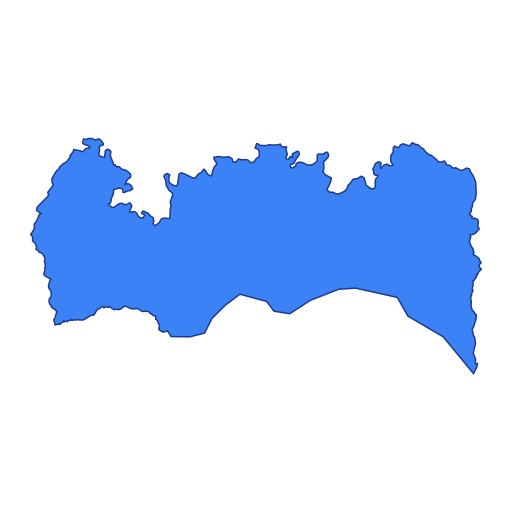 the district of Assin North, Central, Ghana
{"feature_id": "2480657B44214183650816", "entity_name": "Assin North", "entity_type": "district", "adm_level": 2, "iso_a3": "GHA", "parent_name": "Ghana", "parent_adm1": "Central", "projection": "albers", "projection_center": [-1.35, 5.826], "detail": "fine", "context": "isolated", "style": "filled", "palette": "blue", "viewbox_px": 512, "rotation_deg": 0, "n_neighbors": 0, "source": "geoboundaries", "source_scale": "gbopen_adm2", "svg_char_len": 6029}
<svg xmlns="http://www.w3.org/2000/svg" viewBox="0 0 512 512"><path d="M171.2,336.6L190.0,336.8L204.6,333.1L211.9,318.5L225.3,305.2L239.9,294.2L266.7,301.5L274.0,311.2L289.8,313.7L310.5,300.3L338.6,289.3L355.5,288.1L397.3,297.4L407.9,316.1L443.2,336.8L473.5,373.6L476.9,366.8L477.4,363.5L475.9,363.8L475.5,363.0L475.5,359.0L473.2,353.0L475.5,343.6L474.7,337.4L473.4,335.3L472.2,329.1L473.4,327.2L476.1,318.9L476.3,314.9L475.1,314.2L474.3,312.1L472.3,310.2L471.0,306.0L471.3,302.1L470.6,297.4L471.2,296.3L471.0,295.5L471.7,295.1L471.7,293.1L473.0,290.9L472.1,288.2L472.9,286.2L473.1,282.8L472.6,281.3L474.4,280.1L475.8,277.4L476.3,277.3L476.3,276.0L477.0,275.3L476.6,274.9L478.1,273.6L478.0,272.7L481.3,269.2L480.9,268.4L479.6,267.8L479.0,264.8L479.9,263.7L480.7,263.7L481.0,262.2L480.1,261.4L479.0,258.5L475.5,255.7L473.5,254.8L473.3,253.7L474.0,252.5L473.3,251.0L473.2,249.0L471.1,246.2L469.4,241.4L470.8,236.8L469.9,235.1L474.0,234.0L475.4,233.2L479.2,229.0L477.8,225.8L478.4,221.7L477.6,219.5L474.4,218.0L473.2,218.6L471.8,218.1L471.7,217.2L472.2,216.4L469.5,214.7L471.4,210.7L471.3,208.4L472.2,207.0L472.9,202.4L474.4,200.9L475.6,198.5L476.2,192.5L475.7,182.2L473.2,175.7L470.6,172.1L469.3,168.8L466.4,168.1L464.1,169.6L460.8,170.5L455.6,167.7L454.2,168.3L452.2,167.6L449.9,165.4L446.8,165.0L444.6,161.0L440.7,162.2L437.9,161.5L436.9,159.9L432.4,156.2L430.3,154.8L428.7,154.7L424.1,150.2L423.7,149.0L421.3,147.8L417.8,144.7L415.0,144.3L414.2,143.5L412.1,142.9L409.8,145.6L408.8,145.8L403.0,143.8L400.5,144.9L399.0,147.3L397.2,147.4L394.7,146.1L393.2,147.9L393.2,152.2L391.0,155.2L390.7,157.3L390.8,161.5L392.7,164.6L392.7,165.3L389.4,166.0L388.4,164.6L386.7,164.2L383.6,165.2L381.0,168.5L380.2,166.7L381.2,163.7L380.6,162.4L378.5,161.8L375.5,163.5L372.9,169.1L373.7,171.7L373.7,173.7L375.5,175.3L377.9,175.2L378.1,175.6L377.0,177.7L375.5,179.3L375.1,183.0L375.4,185.5L374.8,187.8L373.9,188.8L370.6,188.5L366.2,185.3L364.1,177.9L362.2,176.6L360.9,176.3L358.1,178.3L353.9,179.1L352.5,179.8L351.0,182.4L348.2,185.1L346.7,189.1L344.7,191.2L339.2,193.8L336.6,194.0L332.9,192.3L329.5,192.1L326.8,189.6L329.4,184.9L331.4,178.9L331.1,177.8L325.1,174.7L323.0,172.0L323.9,168.4L323.6,162.1L328.0,157.3L328.6,155.6L328.2,153.5L327.4,152.5L326.3,152.1L322.8,154.2L318.6,154.0L317.3,154.7L317.2,160.8L315.5,162.7L311.9,164.8L307.5,165.1L302.6,162.6L299.2,162.1L296.5,163.4L295.4,166.2L291.9,168.2L290.7,167.4L290.2,164.7L293.1,163.9L294.1,163.0L295.7,159.7L298.9,155.1L299.3,153.7L298.7,151.7L297.4,151.2L292.5,153.8L292.2,154.5L292.8,156.5L292.6,157.5L291.1,156.6L290.0,156.8L288.5,159.2L287.6,159.6L286.9,159.4L286.0,157.9L287.3,154.0L286.0,149.8L286.6,147.3L285.6,146.5L282.7,147.2L281.8,146.6L280.3,144.2L277.2,144.9L271.3,145.1L269.8,144.6L265.5,145.6L260.0,145.4L257.9,143.7L256.6,143.8L255.1,148.1L258.3,149.4L259.2,152.1L259.3,156.2L258.2,157.7L257.3,157.7L256.1,158.8L253.6,162.4L250.5,162.5L248.2,160.3L246.8,159.7L240.9,159.7L239.2,159.1L238.1,159.3L236.1,162.0L234.2,162.0L232.7,161.5L232.1,158.7L228.6,156.7L223.6,157.3L218.4,156.5L213.9,157.3L213.8,158.3L215.1,161.2L216.2,162.1L216.6,163.6L216.0,165.2L214.4,166.8L212.7,170.6L211.7,175.5L210.6,175.9L207.7,174.3L205.2,170.2L203.7,169.2L201.4,172.4L198.5,173.9L195.1,178.0L192.4,177.8L185.6,174.4L181.2,172.8L179.4,173.7L178.9,174.7L177.5,184.8L176.2,185.9L174.4,185.7L171.5,184.3L169.2,182.3L168.6,179.5L169.7,174.9L167.3,173.5L165.0,174.6L164.2,175.3L164.0,176.5L165.8,180.8L166.2,185.5L169.1,190.4L172.5,193.1L172.4,196.0L170.2,202.0L171.0,205.5L170.2,209.7L169.9,218.2L169.3,218.6L164.1,218.1L162.2,218.5L160.9,219.6L159.4,222.5L155.4,225.6L154.4,225.3L153.1,223.6L153.8,220.9L153.2,217.8L150.0,215.6L148.2,213.3L143.6,211.1L142.4,211.4L141.7,212.7L141.9,213.7L144.2,214.3L144.5,215.6L143.1,217.8L140.9,217.9L138.3,216.5L136.6,213.1L135.5,212.0L133.3,211.6L129.6,212.1L129.5,211.0L131.7,206.7L131.4,204.9L130.0,203.0L129.1,203.0L126.6,204.7L124.4,204.5L121.8,203.2L119.0,203.7L113.7,207.5L111.6,207.0L108.4,204.9L108.5,204.3L110.0,203.4L111.0,201.5L111.4,197.7L112.4,196.5L113.4,193.1L113.7,189.6L119.5,188.0L122.0,188.6L122.9,190.2L123.0,192.3L124.1,192.6L127.6,191.0L130.4,190.5L132.8,188.8L131.1,185.5L129.0,183.9L126.4,183.8L125.1,184.4L127.4,179.5L130.4,177.3L130.8,175.5L130.2,173.7L126.1,170.3L121.7,169.2L119.2,166.8L116.5,166.7L115.1,164.9L113.9,164.9L110.3,155.7L110.9,151.5L109.1,149.8L107.3,149.2L105.4,150.6L104.5,157.2L103.0,157.2L99.1,155.5L98.8,154.0L99.6,150.3L99.2,147.2L100.7,145.5L102.5,145.4L103.2,144.7L103.3,143.5L101.1,140.4L98.9,138.9L95.1,140.0L91.8,138.4L88.2,138.5L86.3,139.5L83.6,139.0L82.7,142.5L83.0,143.6L85.1,144.8L87.5,145.2L90.1,147.3L89.0,148.2L85.8,148.4L82.9,151.8L79.6,150.6L73.8,149.6L72.9,152.1L70.0,155.5L70.3,156.8L66.6,161.9L62.3,164.3L61.5,165.6L59.5,166.9L59.1,169.1L57.0,170.4L55.3,172.7L52.0,178.6L52.1,182.5L53.3,185.1L47.8,192.3L48.5,195.1L48.2,195.9L37.5,206.8L36.9,208.1L36.6,210.4L41.1,213.7L39.3,214.7L36.4,221.5L34.2,224.0L34.4,228.1L33.5,230.3L30.7,234.4L32.6,237.0L32.6,241.0L35.1,243.2L36.6,247.1L36.0,249.3L38.1,250.4L39.0,252.1L42.4,253.5L45.0,258.0L44.5,261.6L45.6,266.7L44.8,267.7L44.9,270.3L43.9,273.3L44.4,275.5L51.0,279.3L50.1,280.3L48.5,285.0L48.7,287.8L50.9,291.1L51.3,294.3L51.0,296.8L49.4,298.6L49.0,300.8L49.5,303.8L51.1,305.4L51.3,306.7L52.9,308.3L55.0,309.4L56.8,311.7L54.7,318.7L53.7,319.8L55.2,325.0L58.4,323.9L59.0,323.8L59.1,324.4L60.4,324.1L60.4,323.5L63.0,322.1L63.6,320.8L64.5,321.7L65.3,321.1L67.4,321.7L68.1,320.6L70.9,320.3L71.6,319.5L72.0,320.2L73.0,320.3L75.0,319.8L76.3,320.1L77.5,319.5L79.2,320.0L83.4,320.0L91.1,315.3L94.0,315.0L97.3,309.4L99.7,308.6L100.7,307.4L102.4,306.5L103.8,307.8L106.0,306.8L108.7,307.3L109.5,306.6L113.6,309.5L114.7,309.7L116.5,309.1L118.5,309.7L121.0,308.8L124.6,306.2L125.9,306.3L130.5,308.5L133.6,308.9L137.6,308.5L142.3,311.5L145.1,311.2L149.2,311.7L149.9,313.1L153.3,315.4L155.7,316.3L155.7,319.3L157.5,320.7L158.6,324.0L159.5,325.4L158.8,328.7L159.2,329.9L163.3,332.2L167.5,330.9L171.2,336.6Z" fill="#3b82f6" stroke="#1e3a8a" stroke-width="1.5"/></svg>